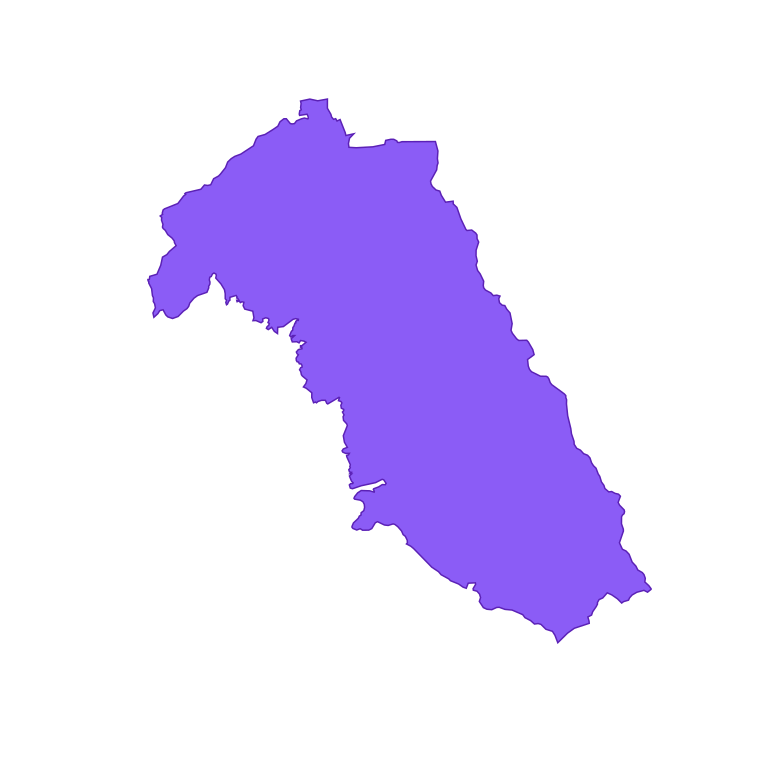 outline of Glogova, Mehedinti, Romania, rotated 165°
{"feature_id": "2599482B38574627683383", "entity_name": "Glogova", "entity_type": "district", "adm_level": 2, "iso_a3": "ROU", "parent_name": "Romania", "parent_adm1": "Mehedinti", "projection": "mercator", "projection_center": [22.923, 44.916], "detail": "fine", "context": "isolated", "style": "filled", "palette": "violet", "viewbox_px": 768, "rotation_deg": 165, "n_neighbors": 0, "source": "geoboundaries", "source_scale": "gbopen_adm2", "svg_char_len": 6166}
<svg xmlns="http://www.w3.org/2000/svg" viewBox="0 0 768 768"><g transform="rotate(165 384 384)"><path d="M473.3,641.2L477.5,638.9L481.1,634.0L487.8,629.0L490.0,627.7L495.4,626.4L499.8,621.3L502.9,621.4L505.9,622.7L510.5,619.5L525.7,620.0L527.0,619.5L526.5,618.5L529.0,617.4L536.4,611.7L550.6,610.0L552.3,609.3L554.0,606.4L553.9,605.2L556.7,604.2L555.6,602.5L556.5,599.9L556.2,595.4L557.4,592.9L557.1,591.4L555.5,589.0L554.2,584.3L551.0,579.9L549.6,576.6L549.8,574.7L549.0,571.4L557.0,567.6L560.2,565.2L565.1,563.9L568.9,556.5L574.9,548.8L582.4,548.6L583.6,545.7L585.0,546.0L585.2,544.7L584.7,543.8L585.1,542.4L583.8,536.2L584.8,529.3L584.4,526.9L585.5,523.4L584.8,521.0L585.1,516.7L588.8,512.4L589.0,508.0L584.2,510.5L581.6,512.9L578.2,512.9L576.9,507.2L575.5,504.8L571.3,502.0L565.4,502.5L558.9,506.3L554.8,507.8L552.6,509.5L550.7,512.4L545.3,516.1L541.1,517.7L531.3,518.4L528.4,522.2L528.1,523.7L526.4,525.5L525.7,527.6L525.8,529.7L524.7,532.2L523.0,532.6L521.2,534.7L519.5,535.2L517.9,533.7L517.9,532.2L519.1,529.9L515.6,522.9L513.7,516.4L514.0,512.4L515.3,507.4L514.4,505.7L515.7,503.7L515.6,501.3L514.6,501.6L512.4,504.3L511.2,504.7L510.4,507.6L503.9,507.8L503.4,506.2L504.0,505.2L503.1,504.6L502.4,502.3L504.6,503.0L504.6,501.5L502.4,501.7L501.7,499.8L499.9,500.2L498.2,499.2L499.8,496.1L499.1,492.4L491.9,488.3L492.5,481.6L494.2,479.1L491.2,478.4L486.9,475.0L484.8,475.8L484.4,478.2L481.0,478.6L478.6,477.1L478.6,475.4L480.2,473.3L479.1,472.2L480.1,470.6L482.1,469.6L483.2,468.2L481.7,466.5L477.8,467.8L476.3,463.2L473.8,460.3L472.0,466.3L466.3,465.5L455.2,470.0L452.4,470.0L449.9,468.7L450.3,467.6L451.6,468.0L453.0,467.3L453.4,465.9L454.2,465.9L456.3,462.9L457.3,462.3L458.3,459.6L459.8,458.9L462.6,455.2L461.9,453.6L459.4,454.4L457.8,453.9L462.0,451.7L461.7,448.4L457.3,447.4L455.4,445.7L453.3,447.6L450.2,446.1L448.5,444.5L453.6,442.2L454.7,442.6L455.1,441.2L453.9,441.4L454.1,439.3L457.8,439.4L460.4,437.6L460.1,435.7L459.2,434.4L462.2,431.7L462.6,429.5L462.2,428.0L460.9,427.3L460.6,425.4L459.0,425.0L458.4,423.3L458.7,421.6L460.3,421.3L461.9,419.6L461.2,417.6L461.4,414.4L460.8,412.8L457.3,407.9L459.3,404.7L462.6,402.0L460.2,400.0L456.0,394.2L457.3,389.6L456.9,384.1L454.9,384.3L454.1,383.3L452.2,384.2L448.4,384.4L444.8,383.4L444.3,380.2L443.5,379.3L430.9,382.8L430.5,382.4L432.3,379.7L430.2,378.3L429.6,376.6L431.2,374.6L431.5,371.7L429.5,369.9L429.9,368.6L431.4,367.7L430.6,364.5L432.0,363.0L432.5,359.3L430.3,355.1L430.2,353.3L436.7,344.6L437.3,338.0L435.8,332.3L440.1,331.8L441.8,330.3L441.4,328.8L439.0,326.9L435.4,326.0L436.7,324.7L438.6,324.7L438.8,323.5L437.4,314.7L438.4,313.1L438.2,311.9L440.2,310.3L440.1,308.0L438.3,307.1L440.2,306.2L438.5,305.5L441.2,304.1L440.6,298.8L439.4,296.5L440.0,295.9L442.0,296.4L443.6,295.5L443.5,292.2L441.6,291.0L432.3,291.6L417.7,290.9L410.5,292.4L409.1,291.6L407.7,287.5L408.8,286.4L411.7,287.3L415.8,286.0L421.0,285.5L421.6,285.0L421.1,282.8L421.5,282.1L425.4,284.5L433.6,287.0L437.6,285.7L441.4,282.9L442.6,281.4L442.2,280.4L436.9,277.9L434.8,275.7L434.2,272.8L434.7,269.8L436.3,266.9L439.4,265.6L440.2,263.3L442.0,262.8L443.6,260.9L449.5,257.7L451.8,254.7L452.0,253.9L451.4,252.5L448.1,250.0L444.5,250.4L442.5,248.3L436.5,246.8L433.2,247.5L428.3,252.2L425.9,252.7L420.1,247.7L416.6,246.3L411.4,246.5L409.8,245.5L407.6,242.6L405.1,237.5L404.5,233.6L402.8,231.3L402.0,227.1L402.5,224.5L403.7,223.7L400.2,220.5L398.0,217.4L385.2,194.6L379.9,188.6L378.2,185.0L371.9,179.0L370.7,176.8L363.7,171.5L360.2,167.3L357.4,165.4L354.2,169.8L347.2,168.3L347.4,166.7L350.9,163.3L351.1,161.7L347.8,159.8L346.1,156.4L346.0,152.7L348.2,149.3L345.9,142.3L342.9,139.8L338.3,138.1L333.0,139.0L330.5,138.5L325.5,135.0L318.8,132.5L309.7,125.3L308.3,121.8L303.6,117.5L300.8,113.2L297.1,112.7L294.6,111.2L291.1,105.2L285.3,101.5L283.9,97.0L283.1,89.1L271.3,95.8L263.4,98.8L247.7,99.7L247.3,102.0L247.4,106.2L243.3,107.1L241.4,110.0L236.7,114.0L234.8,116.1L234.4,117.7L232.0,120.1L228.1,120.7L222.4,124.5L218.6,121.4L214.1,116.1L211.1,110.9L208.9,111.8L203.8,111.9L202.0,114.0L198.9,116.0L193.7,117.4L186.3,117.4L183.3,114.7L179.2,116.5L179.0,117.1L180.4,120.7L183.3,125.3L181.9,128.7L182.2,132.6L183.3,135.0L187.0,138.7L187.8,142.9L190.4,147.8L191.3,156.1L193.4,160.0L196.5,162.7L197.7,169.7L190.8,180.0L190.4,181.9L190.8,187.5L188.9,194.3L187.6,195.7L185.7,196.6L184.7,198.4L184.6,200.2L187.8,205.9L188.5,209.0L184.7,214.4L186.0,216.9L189.2,218.6L191.9,221.2L194.8,221.6L197.7,225.9L197.8,229.2L199.3,233.1L199.5,239.0L200.4,241.7L201.0,247.8L202.8,250.8L203.9,254.2L204.2,259.3L205.8,262.5L209.2,265.0L211.4,269.3L214.5,272.0L215.9,276.5L215.3,279.5L215.8,287.4L215.1,292.6L214.8,305.7L212.9,317.6L211.7,321.5L211.9,323.8L211.4,325.8L212.5,327.9L222.1,339.9L223.1,342.3L223.4,346.2L224.1,348.4L225.4,349.5L230.8,351.0L238.4,357.7L239.7,360.6L240.0,364.0L239.0,370.5L231.4,373.5L231.4,378.7L233.7,387.2L234.8,389.3L242.6,391.2L244.2,393.3L246.9,399.8L247.4,403.0L244.6,409.1L243.9,420.0L246.1,424.6L247.0,428.5L249.4,429.5L251.4,432.6L251.1,436.6L249.2,438.9L252.0,440.6L255.6,441.1L257.2,444.3L261.7,448.5L262.8,451.2L262.6,453.5L261.1,457.5L262.6,465.4L264.2,469.4L264.3,475.1L262.1,478.4L261.9,484.1L260.4,489.4L255.8,496.6L256.5,500.3L255.6,503.9L256.4,506.1L259.4,510.0L264.1,510.8L264.9,512.1L267.0,523.5L267.9,535.7L270.5,540.0L269.9,542.7L277.5,543.7L279.8,551.4L280.2,555.9L283.5,557.9L286.2,562.3L286.8,565.3L286.5,568.0L277.7,577.2L276.1,581.3L274.6,583.5L274.1,587.9L271.6,595.1L271.6,604.9L304.0,613.4L306.7,613.3L308.4,613.9L308.7,615.5L311.2,617.8L313.9,618.6L319.3,618.9L321.3,615.2L333.5,616.0L349.7,619.4L356.6,621.7L356.1,625.5L353.7,630.3L348.4,633.5L356.5,633.9L356.4,636.9L358.0,650.8L361.3,650.2L362.0,652.8L364.2,652.7L365.5,655.4L365.5,658.2L367.3,665.0L364.9,673.9L374.7,674.7L381.9,678.4L391.4,678.9L391.5,676.3L393.0,672.6L393.0,670.3L394.6,669.8L396.0,666.7L396.0,665.3L388.5,664.5L388.1,662.1L388.3,660.3L388.9,659.8L392.1,661.5L395.3,661.5L400.4,660.8L403.1,658.7L405.5,659.0L407.1,659.8L409.7,665.5L412.1,666.1L416.6,664.2L419.8,660.5L425.2,658.6L434.3,655.8L441.6,655.7L444.2,653.6L448.4,647.9L462.9,643.1L469.2,642.5L473.3,641.2Z" fill="#8b5cf6" stroke="#5b21b6" stroke-width="1.5"/></g></svg>